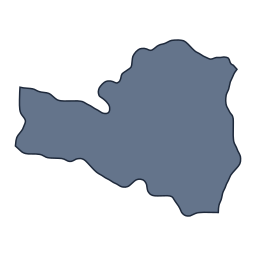 the district of El Factor, María Trinidad Sánchez, Dominican Republic
{"feature_id": "3306468B48172399013768", "entity_name": "El Factor", "entity_type": "district", "adm_level": 2, "iso_a3": "DOM", "parent_name": "Dominican Republic", "parent_adm1": "María Trinidad Sánchez", "projection": "robinson", "projection_center": [-69.924, 19.288], "detail": "fine", "context": "isolated", "style": "filled", "palette": "slate", "viewbox_px": 256, "rotation_deg": 0, "n_neighbors": 0, "source": "geoboundaries", "source_scale": "gbopen_adm2", "svg_char_len": 3243}
<svg xmlns="http://www.w3.org/2000/svg" viewBox="0 0 256 256"><path d="M218.3,212.5L218.5,208.5L218.9,205.6L219.4,203.8L221.1,199.8L221.6,198.0L222.6,193.3L223.2,191.6L225.1,187.7L226.4,184.2L228.4,180.3L229.9,176.9L230.7,175.2L232.5,172.8L237.3,167.4L238.5,165.9L239.6,164.2L240.0,163.2L240.5,161.3L240.6,158.4L240.4,156.5L240.1,155.6L239.4,153.9L237.8,150.9L236.4,147.4L234.4,143.5L233.8,141.7L233.6,140.7L233.4,138.7L233.2,135.5L233.3,121.8L233.2,118.8L232.8,117.0L232.2,115.4L230.0,112.6L226.8,106.6L226.5,105.8L226.0,103.9L225.7,101.0L225.8,98.0L226.2,95.0L226.8,93.3L228.6,89.3L230.3,81.9L232.5,77.1L234.0,73.7L234.9,72.2L237.0,69.3L233.3,65.2L232.0,64.6L230.9,63.7L230.2,62.5L229.2,59.6L228.4,58.3L227.8,57.8L226.3,57.3L223.9,57.0L220.2,57.5L216.4,57.5L214.9,57.9L212.2,58.9L210.8,59.1L210.1,59.1L208.7,58.6L203.5,56.2L199.2,53.5L196.1,51.9L194.5,50.7L192.3,48.6L188.1,44.2L185.9,42.2L184.2,41.1L183.3,40.7L181.4,40.3L178.5,40.0L174.6,40.1L171.7,40.4L169.8,41.0L165.4,43.2L163.7,43.8L160.3,44.6L158.7,45.3L157.1,46.2L153.6,49.0L152.2,49.9L151.5,50.2L150.7,50.3L150.0,50.3L148.7,49.9L146.7,49.0L144.2,48.4L141.6,48.5L139.8,48.9L138.2,49.8L136.0,51.7L134.2,54.0L133.2,55.8L132.8,56.7L132.4,58.6L131.7,65.0L131.2,66.7L130.8,67.4L129.6,68.5L123.2,72.9L122.1,73.9L121.4,75.4L120.7,78.6L120.1,80.2L119.8,80.9L118.8,82.0L117.5,82.8L116.8,83.0L116.2,82.9L114.9,82.5L112.9,81.6L110.5,81.0L107.9,81.0L106.1,81.4L104.4,82.3L102.2,84.2L100.3,86.4L99.2,88.1L98.6,89.9L98.3,91.8L98.5,93.6L99.0,95.3L99.4,96.0L100.0,96.6L103.3,98.9L105.5,100.8L106.8,102.2L108.6,104.5L109.4,106.3L109.6,107.2L109.7,109.1L109.5,110.8L109.1,111.7L108.6,112.4L107.9,113.0L107.1,113.3L106.3,113.5L104.7,113.5L103.0,113.2L102.2,112.9L100.8,112.1L98.0,110.3L94.8,108.6L90.6,105.9L87.4,104.3L83.8,102.2L82.1,101.5L80.3,101.2L77.5,100.9L63.9,101.0L61.0,100.8L59.2,100.5L57.4,99.9L56.6,99.4L55.1,98.3L50.8,94.6L49.2,93.6L48.4,93.3L46.6,92.8L41.3,92.1L39.6,91.7L37.8,91.1L34.2,89.3L32.4,88.8L30.4,88.5L23.5,87.9L20.0,87.2L19.7,92.4L19.5,100.0L19.5,105.3L19.8,109.5L20.2,111.5L20.9,113.4L21.9,115.0L24.1,117.9L25.0,119.4L25.3,120.3L25.4,121.1L25.4,121.9L25.0,123.4L22.7,129.0L21.7,130.6L18.1,135.2L17.1,136.9L16.7,137.8L16.0,140.6L15.4,146.0L20.5,150.7L22.0,152.0L23.7,152.9L25.5,153.5L28.3,153.9L36.1,154.0L39.9,154.4L41.7,154.9L45.4,156.8L46.1,157.2L47.9,157.7L50.6,158.0L58.9,158.3L61.7,158.5L64.2,159.2L67.8,161.0L69.4,161.4L71.0,161.4L71.8,161.2L73.3,160.6L76.1,159.1L77.8,158.7L80.4,158.5L82.1,158.8L83.9,159.6L85.4,160.7L87.5,162.8L92.3,168.0L94.4,170.2L96.6,172.2L98.6,173.6L101.8,175.4L105.4,177.8L109.3,179.8L113.5,182.5L116.7,184.0L120.3,186.2L121.9,186.8L122.8,187.0L125.4,187.1L127.2,186.7L128.0,186.4L128.8,186.0L130.3,184.8L134.5,181.0L136.0,180.0L136.9,179.6L138.6,179.2L140.4,179.2L142.1,179.6L143.0,179.9L144.4,180.9L145.0,181.6L145.9,183.0L146.6,184.7L147.3,189.2L147.8,191.0L148.7,192.5L149.8,193.8L150.5,194.4L152.1,195.2L153.0,195.5L154.8,195.8L157.7,195.9L167.3,195.7L170.0,196.0L171.6,196.6L172.3,197.1L172.9,197.7L175.1,201.2L178.5,206.0L179.9,208.5L181.4,211.9L181.8,212.6L182.9,213.9L184.3,215.0L185.8,215.7L187.5,216.0L190.0,215.9L195.3,213.5L197.0,212.9L198.9,212.6L204.0,212.3L218.3,212.5Z" fill="#64748b" stroke="#1e293b" stroke-width="1.5"/></svg>